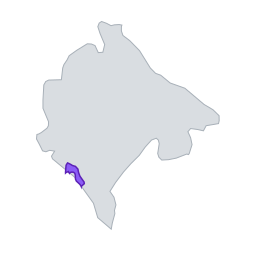 Budva on a map of Montenegro (Equal Earth projection), rotated 7°
{"feature_id": "MNE-1499", "entity_name": "Budva", "entity_type": "Municipality", "adm_level": 1, "iso_a3": "MNE", "parent_name": "Montenegro", "parent_adm1": "", "projection": "equal_earth", "projection_center": [18.879, 42.272], "detail": "fine", "context": "in_parent", "style": "filled", "palette": "violet", "viewbox_px": 256, "rotation_deg": 7, "n_neighbors": 0, "source": "natural_earth", "source_scale": "10m", "svg_char_len": 1632}
<svg xmlns="http://www.w3.org/2000/svg" viewBox="0 0 256 256"><g transform="rotate(7 128 128)"><path d="M109.4,26.6L109.1,28.1L109.6,32.5L111.7,36.8L119.1,41.1L130.0,49.8L142.8,65.7L148.7,70.4L154.0,71.6L164.4,78.2L171.6,79.8L179.6,81.6L200.7,95.4L210.1,99.5L216.9,104.7L217.6,109.6L217.3,112.6L205.3,116.2L203.2,121.6L197.3,121.0L190.2,120.9L187.9,124.4L191.3,130.0L193.6,136.7L191.9,145.8L191.3,147.0L189.5,146.7L179.6,152.0L172.1,154.5L165.4,155.7L162.2,153.2L160.6,149.7L160.9,139.7L159.6,136.3L157.3,134.7L152.8,137.1L147.4,144.8L142.5,153.8L135.1,163.2L128.9,172.2L122.3,183.6L117.8,193.1L122.5,198.4L125.4,205.8L124.6,211.4L125.4,214.6L124.0,224.3L123.7,230.5L108.9,220.7L102.9,206.9L81.4,183.6L56.8,167.8L55.5,165.3L56.9,162.3L58.0,159.9L52.9,159.7L49.4,161.6L46.0,161.1L42.1,155.1L38.5,150.0L38.4,145.5L40.0,144.9L42.5,143.1L47.6,138.1L48.7,135.5L48.4,131.5L41.2,118.8L40.2,110.7L39.2,95.5L40.7,91.9L43.4,90.1L56.0,88.2L55.9,76.4L56.7,72.8L59.2,67.9L60.8,63.4L67.8,57.0L77.3,49.4L81.5,49.1L85.2,50.2L89.3,56.8L93.8,55.9L94.7,48.0L88.8,37.7L85.7,31.1L86.6,27.4L88.8,25.5L93.9,26.7L98.7,28.5L101.8,27.3L106.6,26.4L109.4,26.6Z" fill="#d9dde1" stroke="#a8b0b8" stroke-width="1"/><path d="M88.7,191.8L88.3,191.1L87.0,189.7L83.2,187.0L82.1,185.1L81.4,181.0L80.6,179.3L79.3,178.6L77.6,178.6L76.2,179.1L75.5,180.2L75.0,179.6L74.4,179.0L74.2,178.5L72.7,179.3L71.9,179.8L71.5,180.3L71.4,179.7L71.2,176.3L71.1,172.5L71.9,170.7L72.3,170.0L75.3,171.0L77.5,172.0L80.5,172.5L83.3,174.9L84.0,177.1L84.6,178.7L86.2,181.7L88.8,184.6L91.0,187.0L91.4,188.6L88.7,191.7L88.7,191.8Z" fill="#8b5cf6" stroke="#5b21b6" stroke-width="1.5"/></g></svg>